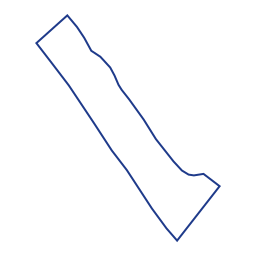 Vao, Tuvalu (Natural Earth projection)
{"feature_id": "33948139B47278370345205", "entity_name": "Vao", "entity_type": "district", "adm_level": 2, "iso_a3": "TUV", "parent_name": "Tuvalu", "parent_adm1": "", "projection": "natural_earth1", "projection_center": [176.121, -5.68], "detail": "fine", "context": "isolated", "style": "outline", "palette": "blue", "viewbox_px": 256, "rotation_deg": 0, "n_neighbors": 0, "source": "geoboundaries", "source_scale": "gbopen_adm2", "svg_char_len": 440}
<svg xmlns="http://www.w3.org/2000/svg" viewBox="0 0 256 256"><path d="M36.4,43.1L52.8,64.4L68.8,85.4L94.6,124.1L111.8,150.5L126.9,170.2L151.9,208.5L166.5,228.4L177.1,240.6L219.6,186.2L203.5,173.9L193.9,175.4L188.6,174.6L181.9,170.5L173.5,161.4L155.9,139.1L143.7,119.6L129.1,99.3L121.7,89.9L118.5,84.8L114.5,75.5L110.2,67.5L100.4,56.8L91.3,50.8L84.2,37.8L77.0,27.0L67.3,15.4L36.4,43.1Z" fill="none" stroke="#1e3a8a" stroke-width="2"/></svg>